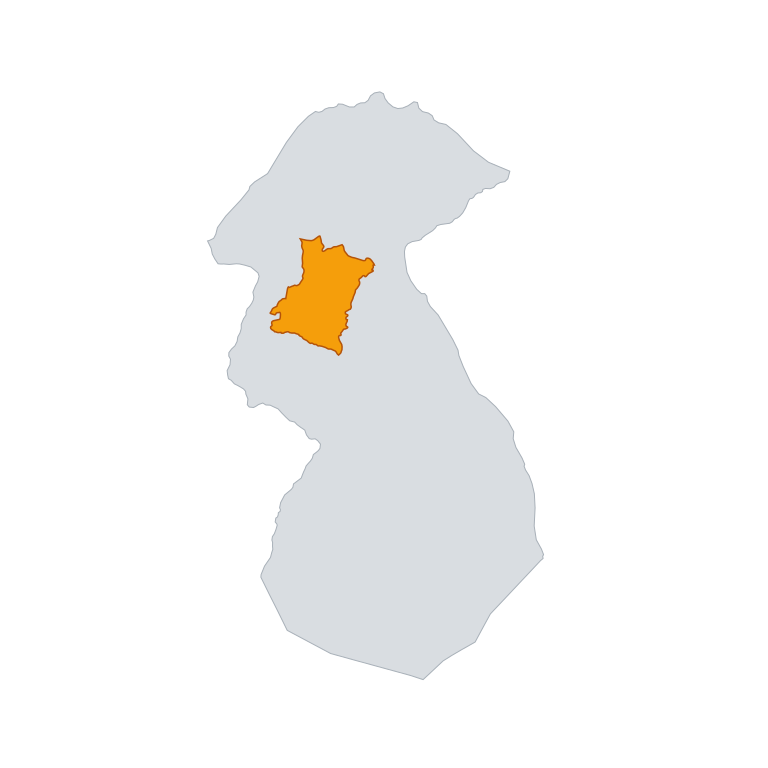 San Pedro highlighted on a map of Paraguay, rotated 209°
{"feature_id": "PRY-606", "entity_name": "San Pedro", "entity_type": "Department", "adm_level": 1, "iso_a3": "PRY", "parent_name": "Paraguay", "parent_adm1": "", "projection": "natural_earth1", "projection_center": [-56.605, -24.173], "detail": "fine", "context": "in_parent", "style": "filled", "palette": "amber", "viewbox_px": 768, "rotation_deg": 209, "n_neighbors": 0, "source": "natural_earth", "source_scale": "10m", "svg_char_len": 7901}
<svg xmlns="http://www.w3.org/2000/svg" viewBox="0 0 768 768"><g transform="rotate(209 384 384)"><path d="M399.2,177.3L400.4,181.9L401.1,185.5L402.8,188.0L404.6,191.4L406.4,193.2L407.6,196.4L407.3,200.0L408.0,204.6L408.9,208.6L409.8,209.6L412.3,210.6L413.6,214.3L412.7,216.1L413.1,218.2L414.0,220.2L413.1,222.2L413.6,223.8L415.3,225.1L416.9,230.2L417.1,238.8L415.3,243.4L413.9,247.1L413.6,249.5L414.7,252.8L412.9,256.8L410.8,261.6L411.3,265.0L411.7,268.1L411.9,271.5L412.4,274.6L411.7,278.0L411.0,280.9L410.7,284.3L411.6,288.1L410.0,291.6L409.1,294.1L408.8,296.7L410.4,300.6L414.4,302.3L417.6,302.7L420.6,300.6L422.9,300.0L427.1,301.9L431.0,305.3L435.9,305.7L440.3,306.3L443.7,307.4L448.6,306.1L453.7,307.4L459.7,309.2L464.6,310.9L469.6,310.5L473.3,310.3L477.1,308.4L480.8,308.6L483.7,305.3L485.3,302.3L486.7,300.2L490.7,298.5L493.5,299.6L495.8,305.0L499.9,308.2L501.5,310.5L504.5,311.6L511.0,311.8L515.0,311.6L519.6,313.2L522.6,313.2L525.2,316.2L527.7,319.7L528.0,326.2L530.3,331.3L533.3,333.2L534.9,336.3L534.3,340.7L532.9,345.1L533.1,350.0L534.7,354.4L534.7,358.8L535.7,363.2L537.8,367.0L538.5,373.0L538.1,377.5L539.5,380.0L540.1,383.5L539.2,386.5L538.8,390.5L539.0,394.0L540.0,397.0L543.2,400.8L544.0,407.5L544.0,412.1L545.4,417.6L548.1,420.1L552.3,420.9L557.2,421.8L563.1,420.5L568.4,419.0L571.4,417.6L577.2,413.6L582.3,411.3L584.9,409.8L587.4,408.7L592.5,411.3L597.2,414.4L600.9,418.8L607.7,423.6L606.4,424.8L603.6,428.8L603.7,433.4L605.5,440.1L603.8,454.2L598.4,475.7L596.2,488.3L597.1,491.8L595.1,498.1L587.8,511.6L587.5,520.7L586.5,548.0L584.0,567.3L579.9,581.5L576.1,589.1L572.8,590.0L570.4,592.3L568.9,595.9L566.2,598.9L562.2,601.3L560.0,603.9L559.7,606.8L555.9,608.6L548.6,609.5L544.4,611.8L543.1,615.5L540.7,618.5L537.1,620.7L535.4,624.4L535.5,629.5L533.5,633.9L529.2,637.5L525.2,637.6L521.6,634.2L516.7,631.9L510.6,630.7L505.5,631.6L501.4,634.5L497.8,639.1L494.7,645.3L491.2,646.4L487.3,642.2L482.4,640.9L476.5,642.5L471.8,642.0L468.3,639.2L462.9,638.9L455.7,641.0L441.0,638.5L418.8,631.3L400.1,628.6L377.1,631.1L375.2,623.6L376.4,619.6L380.1,616.5L382.4,613.1L383.3,609.2L385.9,606.2L390.1,604.2L391.9,602.1L391.2,600.1L392.1,598.2L394.5,596.6L395.9,594.1L396.2,590.6L397.1,588.9L398.7,587.7L398.9,585.3L398.0,577.9L398.1,571.9L399.2,567.2L400.6,564.3L401.6,563.6L402.5,561.9L402.9,559.1L404.4,556.5L411.7,551.0L414.5,548.1L414.7,545.4L415.8,541.7L420.1,533.9L421.5,530.2L421.6,528.4L423.1,526.5L428.4,522.2L431.2,518.1L431.7,514.2L430.4,509.9L427.4,505.0L418.0,492.8L410.6,487.3L401.3,482.7L395.1,481.2L392.2,482.8L389.2,481.6L386.1,477.4L381.0,474.2L370.1,470.6L345.5,456.3L335.7,449.5L332.3,445.2L323.1,437.6L308.0,426.6L296.4,421.2L288.3,421.5L275.4,418.3L257.6,411.6L247.3,405.1L244.5,398.8L237.9,392.5L227.4,386.2L222.0,382.0L221.6,380.0L218.5,377.4L212.7,374.2L206.3,368.7L199.3,360.9L191.8,348.9L183.8,332.6L175.3,321.6L166.2,315.9L161.7,312.1L161.7,310.3L160.3,308.5L161.5,305.4L164.6,293.0L169.2,275.0L173.9,256.4L179.5,234.5L179.4,218.9L179.2,202.5L187.4,189.1L193.1,179.5L198.1,170.4L203.1,154.8L206.5,144.4L219.6,141.9L241.8,136.5L252.9,133.8L276.3,128.1L300.0,122.4L325.0,122.0L349.2,121.6L367.9,134.6L382.3,144.4L398.0,155.3L399.1,157.7L400.2,166.8L399.2,177.3Z" fill="#d9dde1" stroke="#a8b0b8" stroke-width="1"/><path d="M527.6,470.3L521.3,472.2L517.1,474.1L516.0,475.1L515.2,476.1L512.9,481.1L512.4,481.9L511.9,482.3L511.5,482.1L509.0,479.6L507.2,477.3L506.9,477.0L506.5,476.8L504.1,475.8L503.6,475.4L503.2,475.0L503.1,474.5L503.0,474.0L503.1,473.5L503.3,472.6L503.2,471.9L503.0,471.1L502.3,470.4L501.9,470.4L501.3,470.7L500.8,471.3L500.3,472.0L500.0,472.7L499.7,473.5L499.2,474.4L498.6,475.2L496.3,476.6L495.7,477.2L495.4,477.8L495.1,478.5L494.7,479.2L494.2,479.8L492.6,480.8L492.0,481.2L488.2,485.5L486.2,484.6L486.0,484.3L485.7,484.1L483.7,481.7L482.8,481.0L477.9,478.9L477.1,478.8L473.5,479.2L470.6,480.1L462.2,481.8L461.5,482.1L461.1,482.3L460.6,482.7L460.4,482.9L460.4,483.1L460.3,483.5L460.3,483.8L460.3,484.0L460.4,484.4L460.4,484.7L460.4,485.0L460.3,485.3L460.0,485.7L459.4,486.1L458.3,486.5L457.4,486.6L456.4,486.5L454.6,485.9L451.1,484.2L450.1,483.4L450.9,483.1L451.1,482.7L450.9,482.2L450.3,481.5L449.9,480.7L449.8,480.2L450.0,479.6L450.1,478.9L450.0,477.9L449.6,477.9L449.2,478.3L448.7,478.2L448.3,477.6L448.3,477.2L451.0,473.1L451.8,469.5L452.0,469.1L452.6,468.7L453.1,468.9L453.5,469.1L454.1,469.1L454.9,468.4L455.2,467.4L455.5,466.2L456.6,463.7L456.3,462.6L455.4,461.8L454.7,461.4L454.3,460.6L453.9,459.8L453.7,458.9L453.7,457.7L453.9,455.0L454.4,453.0L454.5,452.4L453.9,450.8L453.6,449.9L453.1,445.4L452.6,443.5L452.3,439.6L452.1,438.7L451.6,437.6L451.1,436.9L450.1,435.7L449.9,435.2L449.7,434.7L449.7,433.8L449.7,433.5L449.7,433.2L449.9,432.9L450.9,431.7L451.3,430.6L452.3,429.3L452.7,428.1L451.9,426.9L451.4,426.7L449.5,426.9L449.0,426.7L448.8,426.1L448.8,425.5L449.2,424.9L449.5,423.9L449.1,422.8L448.2,422.1L447.2,422.5L446.6,421.0L446.5,419.3L446.3,417.7L445.3,416.4L444.8,416.3L444.1,416.3L443.4,416.2L443.1,415.8L443.3,415.0L443.7,414.4L444.1,413.9L444.3,413.6L444.5,413.4L445.7,412.5L445.9,411.9L446.1,409.9L446.4,408.0L446.5,407.5L446.3,407.2L445.9,406.8L445.5,406.4L445.3,405.7L445.5,405.3L446.4,404.9L446.7,404.3L446.7,403.6L446.5,403.1L445.7,402.1L444.1,400.5L440.2,398.1L438.8,396.4L437.4,393.6L437.3,392.7L437.2,392.0L436.9,390.7L436.9,389.9L437.1,389.2L437.5,388.0L437.7,387.3L439.0,387.5L439.7,387.8L439.9,387.9L440.2,388.1L441.6,388.9L441.8,389.0L442.4,389.2L442.7,389.2L446.3,388.9L446.4,389.0L446.8,388.9L447.4,388.8L448.4,388.3L449.3,387.8L449.7,387.6L450.3,387.6L452.8,387.6L456.6,386.9L458.9,386.1L459.3,385.9L459.5,385.7L459.8,385.5L460.1,385.4L460.5,385.3L461.0,385.4L461.4,385.5L461.8,385.6L462.2,385.7L462.6,385.6L463.6,385.1L464.3,384.8L464.9,384.8L466.2,384.9L466.7,384.8L467.0,384.7L467.4,384.4L467.8,384.0L468.2,383.8L468.6,383.8L469.9,383.9L472.6,384.6L475.7,384.4L476.5,384.5L477.0,384.6L478.3,385.3L478.8,385.4L479.5,385.4L480.9,385.2L481.5,385.3L482.0,385.4L482.3,385.9L482.8,385.9L483.6,385.8L485.3,385.4L486.1,385.3L486.6,385.3L487.0,385.2L489.3,383.9L491.4,383.2L491.9,383.2L492.2,383.3L492.6,383.3L493.0,383.3L494.2,382.6L494.9,381.8L495.7,381.2L496.1,380.4L496.8,379.5L498.5,378.7L499.1,379.2L499.3,379.1L499.7,378.9L500.3,378.4L501.5,377.6L502.5,377.3L503.7,377.2L504.2,377.0L504.7,376.7L505.0,376.7L505.8,377.0L506.5,377.1L508.8,377.2L509.5,377.5L510.0,377.7L510.4,378.2L510.7,378.6L510.8,379.0L510.8,379.4L510.6,379.8L510.4,380.4L510.3,380.8L510.4,381.1L510.6,381.5L511.5,382.4L511.7,382.6L511.9,383.0L512.1,383.5L512.2,383.8L512.2,384.0L512.1,384.4L512.0,384.7L511.7,385.3L511.2,385.9L506.8,389.8L506.6,390.2L506.6,390.6L506.8,391.1L507.0,392.0L507.5,393.0L508.4,394.9L509.1,395.7L509.6,396.1L509.9,396.1L510.2,396.0L511.0,395.2L511.4,394.9L512.0,394.6L512.2,394.4L512.4,394.1L512.6,393.7L512.6,393.1L512.6,392.2L512.7,391.9L512.9,391.7L513.3,391.5L516.6,390.8L517.3,390.7L517.9,390.8L518.0,391.1L518.0,391.4L517.9,392.1L517.8,392.9L518.0,395.2L518.0,395.6L517.9,396.0L517.5,396.9L517.2,397.4L516.7,398.1L515.5,399.8L515.4,400.1L515.4,400.4L515.7,401.4L515.8,402.9L515.8,404.6L515.7,405.0L515.7,405.3L515.4,405.9L514.5,407.8L514.2,408.9L514.1,409.1L514.0,409.3L512.2,410.7L511.7,410.9L511.3,411.0L514.6,420.6L514.8,422.1L514.7,422.5L514.4,422.4L514.0,422.4L513.8,422.5L513.6,422.7L512.8,423.6L512.1,424.6L510.9,425.9L510.2,426.9L510.0,427.1L509.7,427.2L508.5,427.5L508.2,427.7L508.0,427.8L507.7,428.0L506.7,429.6L506.5,429.9L506.3,430.9L506.3,432.3L506.0,435.2L506.0,436.4L506.1,437.3L507.3,438.3L507.5,438.7L507.8,439.3L507.9,440.0L508.1,442.1L508.3,443.0L508.6,443.8L508.9,444.4L509.3,444.9L509.7,445.4L510.2,445.7L510.7,446.0L511.7,446.4L512.1,446.6L512.4,446.9L512.6,447.3L513.7,450.1L516.5,454.4L517.6,456.9L518.4,459.6L519.0,461.0L519.6,461.8L521.1,462.9L522.0,463.7L523.0,464.9L523.5,466.4L523.9,467.3L524.2,468.0L524.7,468.5L527.6,470.3Z" fill="#f59e0b" stroke="#b45309" stroke-width="1.5"/></g></svg>